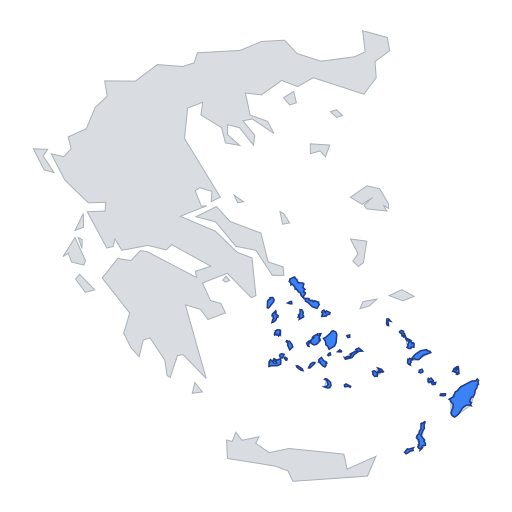 where Notio Aigaio sits in Greece
{"feature_id": "GRC-3013", "entity_name": "Notio Aigaio", "entity_type": "Region", "adm_level": 1, "iso_a3": "GRC", "parent_name": "Greece", "parent_adm1": "", "projection": "orthographic", "projection_center": [25.984, 36.675], "detail": "fine", "context": "in_parent", "style": "filled", "palette": "blue", "viewbox_px": 512, "rotation_deg": 0, "n_neighbors": 0, "source": "natural_earth", "source_scale": "10m", "svg_char_len": 9802}
<svg xmlns="http://www.w3.org/2000/svg" viewBox="0 0 512 512"><path d="M362.6,30.7L387.4,37.5L389.6,50.7L375.0,61.6L376.2,77.7L363.9,94.2L313.3,77.7L297.5,86.6L281.7,80.4L261.5,94.9L245.4,93.0L250.1,115.0L267.6,121.4L274.0,133.5L252.4,119.0L242.9,120.8L254.8,135.3L253.5,145.2L239.5,127.7L227.5,124.7L227.6,134.6L239.6,145.4L225.4,142.9L221.6,127.7L200.9,114.9L202.6,102.3L187.6,108.1L184.5,138.5L220.3,197.1L211.2,201.7L211.9,191.3L199.6,187.7L195.3,190.8L197.5,196.7L201.3,206.1L206.6,205.8L180.4,216.3L215.4,231.2L237.3,252.4L252.0,257.9L255.9,295.6L251.4,297.7L227.3,273.3L202.5,283.0L210.5,300.5L220.9,303.5L225.5,312.9L208.0,319.5L200.6,309.4L185.4,304.9L206.2,378.5L183.2,354.7L177.4,355.5L170.3,377.4L167.0,375.4L164.8,360.2L150.0,337.8L143.2,340.1L139.1,356.8L131.3,348.1L123.7,333.2L129.7,313.0L102.2,278.0L117.8,258.5L131.1,260.5L140.2,250.7L146.9,251.5L196.6,277.5L195.4,271.3L210.8,266.2L171.7,244.6L166.1,249.9L147.8,245.4L121.8,250.3L115.0,238.9L113.2,246.4L106.8,248.0L87.2,211.7L105.0,211.1L105.9,202.3L88.3,202.8L64.9,180.2L51.2,153.8L63.7,156.7L71.1,148.8L68.2,136.9L86.4,128.7L95.2,107.3L107.2,96.2L104.7,80.9L135.5,81.1L157.3,64.6L182.4,66.5L194.1,62.9L197.4,52.8L240.1,50.4L261.4,41.5L284.5,40.2L297.0,53.5L320.8,61.2L354.5,56.8L365.2,51.9L362.6,30.7ZM241.9,440.3L259.0,436.7L255.8,443.3L269.0,452.6L289.0,448.5L343.8,454.1L347.1,469.1L375.9,456.3L367.5,476.1L292.9,481.3L288.0,470.9L274.7,466.0L227.4,458.5L226.6,440.0L232.2,441.5L235.9,432.2L241.9,440.3ZM216.5,206.6L229.9,221.4L260.9,233.1L268.1,261.8L283.1,266.9L283.8,275.4L272.3,275.3L256.0,250.3L235.8,246.3L215.7,221.9L196.0,216.7L216.5,206.6ZM379.6,188.7L388.3,203.3L388.7,208.5L383.7,205.6L386.8,211.0L366.7,208.9L364.0,205.2L372.5,197.5L362.2,204.3L350.4,197.3L366.9,185.8L379.6,188.7ZM457.9,414.4L451.0,412.6L450.8,398.4L461.2,386.6L478.1,380.3L471.0,405.0L457.9,414.4ZM363.4,262.8L358.3,266.5L352.8,261.1L358.0,253.7L350.4,239.0L366.8,241.2L363.4,262.8ZM75.0,237.6L85.5,260.5L83.8,265.1L71.5,262.0L68.3,253.3L62.9,256.6L75.0,237.6ZM54.0,172.5L44.1,169.9L33.4,148.8L47.7,149.3L43.2,156.1L54.0,172.5ZM329.7,145.1L325.5,156.7L320.0,151.0L310.4,153.7L310.3,143.8L329.7,145.1ZM401.9,289.7L414.1,296.4L403.0,300.8L389.1,295.6L401.9,289.7ZM296.4,102.7L289.8,105.0L283.4,97.8L293.7,91.3L296.4,102.7ZM79.6,274.3L94.7,289.9L85.3,292.3L75.6,279.1L79.6,274.3ZM334.2,346.1L329.5,348.6L324.5,339.2L333.2,330.8L334.2,346.1ZM303.5,283.4L303.7,297.5L290.1,279.4L303.5,283.4ZM424.6,422.2L420.3,449.7L416.5,437.1L424.6,422.2ZM83.5,227.2L75.0,230.5L83.3,213.5L83.5,227.2ZM202.4,391.9L192.3,393.3L194.8,382.5L202.4,391.9ZM409.2,361.9L423.2,350.3L430.6,352.2L419.9,358.4L409.2,361.9ZM360.0,308.7L363.0,301.6L377.0,299.0L369.3,306.0L360.0,308.7ZM317.8,333.9L315.8,344.4L310.8,341.4L317.8,333.9ZM317.5,301.8L313.8,307.4L305.5,298.6L317.5,301.8ZM289.6,222.9L282.6,224.2L279.9,211.4L284.0,214.0L289.6,222.9ZM342.4,115.6L336.7,117.4L330.4,111.8L336.5,109.7L342.4,115.6ZM280.2,359.1L279.9,364.5L268.9,366.2L270.7,360.3L280.2,359.1ZM361.9,350.5L344.7,358.0L358.5,348.1L361.9,350.5ZM274.0,300.0L268.0,308.0L272.9,297.7L274.0,300.0ZM330.0,312.5L321.7,316.3L322.1,311.2L330.0,312.5ZM383.1,371.5L376.2,376.5L372.9,374.2L378.2,368.0L383.1,371.5ZM413.8,343.6L407.5,347.4L405.7,337.9L413.8,343.6ZM278.0,316.1L272.5,322.3L275.4,311.6L278.0,316.1ZM82.1,239.6L82.0,248.5L78.2,237.5L82.1,239.6ZM326.7,362.7L324.4,366.6L318.9,359.9L326.7,362.7ZM243.6,201.7L237.7,202.8L234.1,195.2L243.6,201.7ZM229.7,280.6L225.2,282.1L222.7,280.1L226.2,276.2L229.7,280.6ZM280.3,330.6L274.7,334.5L275.6,330.8L280.3,330.6ZM326.8,379.0L328.2,387.9L324.6,386.6L326.8,379.0ZM292.5,346.9L287.9,346.2L288.2,342.1L292.5,346.9Z" fill="#d9dde1" stroke="#a8b0b8" stroke-width="1"/><path d="M478.6,380.4L477.9,381.4L478.5,384.4L477.2,385.4L476.9,387.8L475.3,389.9L474.8,393.5L473.1,397.0L471.6,397.0L470.7,398.4L469.5,401.7L471.4,402.5L470.3,404.4L471.1,405.7L468.3,404.9L465.9,405.4L462.6,407.9L459.0,413.6L457.1,415.4L454.6,417.1L452.0,415.4L450.9,413.0L453.0,407.3L453.1,404.1L450.5,401.3L450.6,400.2L449.1,399.3L453.8,396.6L453.5,396.0L455.4,391.7L457.2,390.9L460.5,386.9L472.1,380.9L475.6,381.0L477.2,378.9L478.6,380.4ZM333.3,330.8L335.8,332.0L336.8,334.4L336.1,342.7L334.6,346.0L329.1,349.3L327.7,346.1L325.9,344.8L325.5,341.5L323.4,338.3L325.0,337.9L330.5,333.1L331.6,331.3L333.3,330.8ZM305.3,292.5L305.4,293.4L303.4,296.6L303.4,297.9L301.3,295.7L300.0,292.4L298.6,292.0L296.1,288.7L295.2,289.2L294.9,287.3L294.0,286.1L292.1,284.1L290.9,284.9L291.0,283.6L289.2,281.3L289.8,281.1L289.8,279.1L294.3,276.9L295.0,277.3L295.1,278.4L296.9,279.4L297.9,282.6L303.4,283.3L303.9,283.9L302.8,287.4L305.0,289.3L304.2,289.7L303.5,292.0L305.3,292.5ZM423.8,441.3L425.4,443.3L425.4,445.4L422.6,445.6L421.6,446.9L421.3,448.6L422.1,448.2L421.8,448.7L420.2,450.0L420.6,448.9L418.7,448.2L417.8,446.8L418.7,445.9L418.3,445.0L419.2,444.8L418.9,440.2L416.4,437.7L417.3,435.2L418.9,434.1L419.5,430.7L420.9,429.1L421.0,423.5L421.8,423.0L422.5,423.5L424.5,421.6L425.1,422.1L424.0,425.1L424.4,428.5L422.9,430.4L421.1,434.7L421.3,436.1L424.7,440.1L423.8,441.3ZM426.7,349.6L427.3,350.7L430.0,351.3L430.8,352.6L423.2,355.3L418.8,359.6L416.3,359.6L414.4,358.6L411.4,360.1L410.6,361.0L411.1,362.4L410.1,363.3L410.5,365.1L408.6,364.2L407.5,362.7L407.9,359.3L408.5,359.7L409.6,358.3L411.1,359.2L415.1,354.4L420.5,350.8L426.7,349.6ZM312.2,306.7L308.1,302.6L305.5,301.2L304.9,298.4L308.5,298.5L309.2,298.9L308.8,299.8L310.3,300.8L312.1,300.3L313.5,301.7L314.3,300.7L318.6,302.2L318.2,302.7L319.3,304.5L317.0,308.3L312.2,306.7ZM320.1,340.6L317.6,343.5L315.2,344.8L313.3,344.7L310.7,342.9L311.2,339.6L313.6,337.8L312.5,337.5L313.2,336.4L318.0,333.7L317.2,334.8L319.1,335.6L319.8,334.7L319.4,333.7L320.9,333.7L319.2,337.8L319.2,338.8L320.1,339.2L319.4,340.2L320.1,340.6ZM276.9,360.2L280.1,358.9L280.8,359.8L280.7,364.1L277.4,365.7L271.0,365.7L269.0,366.5L269.0,363.2L269.8,362.4L269.0,361.9L270.5,359.6L272.0,361.0L272.7,360.9L273.3,362.8L274.3,363.3L276.7,363.1L276.1,361.5L274.4,361.0L273.5,359.2L274.1,358.6L276.9,360.2ZM272.7,297.5L274.1,299.6L273.7,301.6L269.2,307.3L268.2,308.1L267.3,307.7L267.5,301.6L268.1,300.1L270.2,298.9L270.5,298.4L269.8,297.9L270.3,297.6L272.7,297.5ZM358.8,348.0L362.4,351.1L358.8,351.2L354.2,354.6L352.0,357.6L345.4,359.3L344.5,357.6L345.3,358.0L346.4,356.8L350.2,356.7L351.1,354.9L350.5,355.2L350.2,354.0L356.9,350.8L355.8,349.4L358.8,348.0ZM407.0,347.3L408.1,345.9L407.7,344.9L409.2,341.8L408.7,341.0L407.3,340.9L405.6,338.7L405.8,337.8L410.9,340.4L410.2,340.9L412.0,342.6L412.1,343.6L413.4,342.8L414.1,343.9L413.9,347.3L411.4,346.8L410.9,348.4L408.8,348.6L407.0,347.3ZM319.6,362.5L320.0,362.1L318.5,362.0L319.1,359.3L321.4,357.5L323.6,360.7L326.3,362.0L326.9,363.1L325.8,363.6L326.1,365.3L324.9,367.0L323.0,366.0L319.6,362.5ZM272.0,315.8L272.4,314.0L275.7,310.8L276.1,311.8L275.4,313.6L278.1,315.8L277.8,317.3L277.0,317.0L276.5,317.8L275.9,320.0L274.2,321.7L271.9,322.6L272.9,319.2L273.8,318.5L273.1,317.6L273.4,315.8L272.0,315.8ZM377.8,368.1L381.5,369.3L383.4,371.7L382.8,372.1L382.3,371.3L380.7,372.3L378.4,372.4L377.1,374.5L377.2,376.2L374.6,376.4L372.7,374.1L373.1,373.2L372.4,371.4L374.2,370.8L376.7,372.7L378.0,371.3L380.1,371.3L377.8,368.1ZM326.4,316.0L321.7,316.4L322.8,313.0L321.8,312.3L322.1,311.3L323.9,310.0L325.5,312.7L326.4,310.9L330.0,312.6L329.7,314.2L327.1,314.7L326.4,316.0ZM289.5,341.2L292.0,344.5L292.7,346.9L289.7,349.9L287.6,344.9L288.0,343.5L286.2,341.6L286.6,340.7L286.2,340.2L288.7,341.6L289.5,341.2ZM302.5,314.6L303.6,315.8L303.6,316.9L299.2,319.4L299.6,317.1L298.1,317.1L299.2,315.3L298.5,314.8L300.1,313.7L300.0,309.6L301.8,309.8L302.8,311.3L303.3,313.0L302.5,314.6ZM325.3,378.6L327.2,379.2L330.5,382.3L331.0,385.4L329.7,387.7L327.6,388.0L324.2,386.8L326.7,386.3L328.2,384.5L327.1,381.7L327.4,380.5L324.6,379.4L325.3,378.6ZM275.8,331.4L275.4,330.9L277.1,329.9L279.9,329.8L280.5,331.0L280.4,334.7L279.7,333.7L279.5,335.2L278.6,336.0L278.2,335.2L278.6,335.1L276.8,335.1L276.6,334.2L274.6,335.0L274.4,334.2L275.0,333.7L274.6,333.0L275.8,331.4ZM458.5,368.0L458.9,372.2L458.2,372.6L459.0,373.6L457.2,374.5L456.4,374.1L457.5,373.1L454.4,371.9L455.2,371.3L452.7,371.4L454.1,368.6L457.0,366.7L458.0,366.5L458.1,367.1L455.9,368.1L455.6,369.0L456.3,368.8L456.7,369.5L458.5,368.0ZM433.4,380.8L432.9,382.0L433.5,382.7L435.8,382.4L435.1,384.4L432.4,384.6L431.3,382.8L431.6,381.8L430.8,381.4L429.0,382.7L428.0,381.7L428.0,379.1L428.2,378.6L428.7,379.6L431.1,378.1L433.4,380.8ZM408.7,449.2L413.4,447.8L412.8,448.7L413.2,450.5L410.6,451.0L406.1,453.8L404.6,452.3L407.4,448.8L408.7,449.2ZM404.4,333.5L405.6,336.7L403.6,337.2L403.0,336.3L403.8,335.5L401.9,335.8L401.9,334.0L399.7,332.5L399.5,331.6L401.4,330.4L403.6,331.3L403.3,333.0L404.4,333.5ZM312.8,362.5L314.9,362.5L314.8,363.4L309.9,368.0L308.5,367.9L310.6,363.8L312.8,362.5ZM284.2,354.4L282.2,358.0L280.5,357.8L279.5,355.5L280.2,354.3L281.7,353.7L284.2,354.4ZM388.6,318.9L390.6,321.2L388.8,320.7L387.5,322.1L388.4,323.3L388.6,325.6L387.4,325.4L386.5,323.8L386.9,319.0L388.6,318.9ZM421.9,369.2L423.0,371.1L422.6,372.3L420.6,372.9L418.9,372.3L419.3,370.3L421.9,369.2ZM344.3,385.1L346.0,383.9L350.7,386.4L350.2,387.3L348.7,386.4L344.8,386.8L344.3,385.1ZM297.9,365.9L302.1,368.7L303.0,370.6L300.8,370.2L296.9,367.2L296.4,365.9L297.9,365.9ZM309.5,346.9L307.7,345.8L306.6,343.2L309.1,340.9L309.9,340.9L308.4,345.5L309.5,346.9ZM440.5,394.0L445.4,393.7L445.5,394.7L445.1,395.5L443.6,395.8L440.2,395.5L440.5,394.0ZM291.5,301.4L291.9,303.8L290.7,303.9L287.6,303.0L290.6,301.4L291.5,301.4ZM284.9,357.1L287.2,358.5L286.8,360.1L286.0,360.3L284.1,358.0L284.9,357.1ZM327.7,355.0L328.9,353.4L330.6,352.5L330.2,353.0L330.6,354.9L328.3,355.7L327.7,355.0ZM337.6,351.7L339.8,349.8L341.6,351.2L341.1,352.0L337.6,351.7ZM349.8,337.1L347.8,337.6L346.8,335.7L349.6,334.8L349.8,337.1Z" fill="#3b82f6" stroke="#1e3a8a" stroke-width="1.5"/></svg>